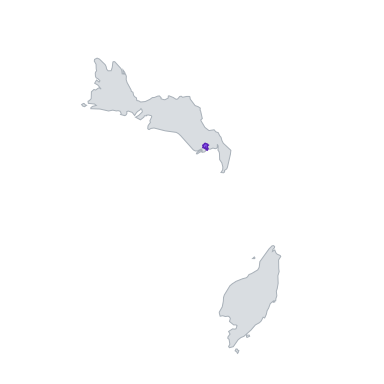 Sarikei, Sarawak, Malaysia shown in context, rotated 241°
{"feature_id": "92858781B34394756888936", "entity_name": "Sarikei", "entity_type": "district", "adm_level": 2, "iso_a3": "MYS", "parent_name": "Malaysia", "parent_adm1": "Sarawak", "projection": "mercator", "projection_center": [111.411, 2.079], "detail": "fine", "context": "in_parent", "style": "filled", "palette": "violet", "viewbox_px": 384, "rotation_deg": 241, "n_neighbors": 0, "source": "geoboundaries", "source_scale": "gbopen_adm2", "svg_char_len": 5024}
<svg xmlns="http://www.w3.org/2000/svg" viewBox="0 0 384 384"><g transform="rotate(241 192 192)"><path d="M327.2,191.0L325.1,190.7L322.2,188.9L319.3,188.3L310.8,188.2L309.5,187.7L307.9,188.7L304.9,187.8L303.2,188.0L301.3,189.0L298.7,188.1L297.4,189.7L295.6,190.7L293.8,194.9L293.4,200.0L293.8,203.1L292.9,204.9L292.5,208.4L291.9,210.0L289.5,210.7L288.5,210.1L286.3,212.3L285.8,213.2L285.7,216.7L287.4,217.8L287.3,218.5L283.8,221.4L280.8,223.0L280.3,224.5L281.5,227.6L281.0,229.0L279.4,229.7L278.2,233.6L276.8,236.1L276.2,236.3L274.1,235.5L266.1,236.6L263.7,238.7L261.4,239.9L259.6,238.7L258.7,238.8L251.2,236.6L250.9,234.8L250.1,234.4L242.3,234.6L237.5,236.6L235.7,241.5L233.1,242.0L231.2,243.7L227.9,243.5L225.8,243.9L222.5,243.1L219.5,243.0L209.6,246.2L206.4,243.9L196.7,235.2L195.4,233.6L195.1,230.9L194.0,230.4L193.6,229.7L193.5,228.9L195.0,226.8L196.5,229.6L198.9,231.1L203.0,232.2L206.9,231.9L212.4,234.7L214.2,235.2L216.0,235.0L219.4,237.2L221.5,237.3L218.7,235.8L218.3,234.6L218.6,233.3L220.3,231.6L220.6,228.8L222.0,226.2L222.2,224.9L221.3,223.9L221.0,222.3L221.8,220.0L223.6,221.2L225.2,220.9L225.2,216.7L226.3,214.8L228.1,213.6L246.7,209.4L249.7,208.4L251.8,207.1L258.5,198.2L266.4,189.8L267.5,186.9L267.4,184.8L267.9,184.3L268.8,184.0L270.5,185.1L271.4,185.9L273.1,189.5L274.6,189.6L277.2,193.1L277.8,193.5L278.6,193.3L280.6,191.1L281.2,189.4L280.7,189.2L281.7,187.3L280.8,186.2L280.1,181.9L284.8,178.9L284.8,182.4L286.1,187.4L288.4,188.1L289.7,187.8L289.0,186.3L288.8,183.3L288.1,181.4L286.7,178.9L290.6,178.3L293.6,175.6L294.0,174.0L292.1,173.0L291.4,171.7L291.3,170.3L294.4,167.1L294.7,168.0L296.7,168.3L297.6,168.2L298.9,166.9L299.6,165.1L302.0,162.4L303.3,158.3L309.2,151.7L313.9,143.9L314.8,144.5L315.1,146.6L314.1,150.3L316.2,149.4L319.8,144.3L321.8,145.1L321.7,146.5L322.5,149.1L328.4,152.6L329.2,155.9L327.9,157.2L328.3,160.5L327.9,161.5L326.0,162.4L331.2,161.5L334.3,159.6L336.2,162.8L333.2,164.0L333.8,165.4L336.7,164.6L338.4,163.5L340.1,163.7L342.8,165.0L343.6,165.8L344.2,167.3L346.1,167.9L350.2,170.0L353.9,170.0L355.2,171.1L355.1,173.9L353.1,175.5L345.4,177.8L343.4,177.7L340.6,176.9L338.6,177.4L337.3,180.1L339.7,182.7L343.6,185.5L344.2,186.2L343.4,187.6L334.4,189.7L332.5,189.5L329.2,188.2L327.2,191.0ZM36.7,153.1L37.7,149.2L39.1,149.1L40.5,151.3L45.2,153.0L46.6,152.4L47.3,152.8L47.9,153.3L49.3,156.4L52.3,156.4L52.6,161.2L51.2,163.1L51.1,164.3L53.3,166.6L54.5,166.0L55.6,164.0L60.6,162.0L62.7,164.2L64.5,164.2L65.9,163.4L66.9,160.8L68.9,158.9L69.7,156.4L72.6,157.1L73.7,157.6L76.9,162.8L81.2,166.4L84.4,168.4L86.3,170.4L91.6,179.7L92.2,182.7L92.5,187.3L91.6,194.3L90.7,197.7L90.9,199.4L92.2,201.9L91.8,204.3L92.0,211.7L93.6,214.3L98.2,217.6L104.9,231.8L106.1,235.9L105.5,237.4L104.2,237.8L103.2,237.0L102.6,235.0L101.0,233.5L101.2,236.3L98.2,235.9L96.2,236.4L93.8,238.3L92.6,238.4L90.6,234.8L82.9,230.7L80.1,229.6L77.1,226.5L70.4,223.1L66.2,219.7L64.4,217.7L60.0,215.8L58.1,213.7L56.3,212.5L57.3,210.4L56.4,206.3L53.3,202.7L51.8,200.2L48.9,197.6L46.6,194.5L48.0,193.5L45.7,190.1L45.0,187.7L45.0,183.0L42.6,176.5L40.6,167.4L41.0,164.2L40.4,160.7L36.7,153.1ZM320.0,140.9L319.0,141.8L318.7,139.4L320.1,138.1L322.0,137.8L322.1,140.0L321.6,140.6L320.0,140.9ZM32.2,152.7L33.4,154.5L32.5,155.5L31.8,155.2L30.5,156.1L29.0,154.3L28.8,153.5L30.6,153.6L32.2,152.7ZM224.3,220.3L223.7,220.5L223.0,219.9L222.8,214.9L223.3,214.4L224.1,215.4L224.3,220.3ZM40.4,170.3L39.1,172.7L37.9,172.5L38.1,169.7L38.8,169.4L40.4,170.3ZM332.3,190.8L330.0,191.1L328.4,191.1L328.6,189.7L329.4,189.5L332.3,190.8ZM105.0,215.0L103.7,215.1L103.4,214.4L104.4,212.7L105.0,215.0ZM56.7,210.8L55.8,211.1L55.9,210.0L56.5,209.4L56.7,210.8Z" fill="#d9dde1" stroke="#a8b0b8" stroke-width="1"/><path d="M226.0,228.8L226.4,228.6L226.5,228.5L226.7,228.4L226.8,228.3L227.0,228.1L227.2,227.9L227.3,227.8L227.8,227.4L228.0,227.3L228.1,227.2L228.2,226.8L228.2,226.6L228.0,226.4L227.9,226.3L227.9,226.1L227.9,225.7L227.8,225.4L227.7,225.3L227.6,225.2L227.6,224.9L227.6,224.6L227.5,224.4L227.4,224.3L227.4,224.2L227.5,224.1L227.4,224.0L227.2,224.0L226.9,224.1L226.7,224.0L226.4,223.9L226.3,223.7L226.1,223.6L225.9,223.4L225.8,223.2L225.7,223.1L225.6,223.3L225.4,223.4L225.3,223.5L225.2,223.6L224.9,223.7L224.8,223.8L224.7,224.0L224.5,224.3L224.3,224.3L224.2,224.2L224.0,224.3L224.0,224.5L224.2,224.8L224.0,224.7L223.9,224.6L223.7,224.6L223.6,224.8L223.6,225.0L223.5,225.3L223.4,225.3L223.1,225.4L222.9,225.3L222.8,225.2L222.6,225.1L222.4,225.0L222.2,224.9L222.0,225.0L221.9,225.0L221.7,225.2L221.7,225.3L221.6,225.5L221.6,225.8L221.8,225.9L221.8,226.0L221.7,226.0L221.6,225.9L221.4,225.8L221.4,225.7L221.2,225.7L221.2,225.8L222.1,226.8L222.2,226.5L222.2,226.4L222.3,226.3L222.5,226.3L222.6,226.7L222.6,226.8L222.7,227.0L222.8,227.0L223.1,227.0L223.4,227.0L223.5,227.0L223.8,227.1L224.2,227.3L224.4,227.4L224.5,227.5L224.8,227.5L225.0,227.8L224.9,227.9L224.9,228.1L225.0,228.2L224.9,228.5L225.0,228.8L225.1,228.7L225.3,228.5L225.5,228.6L225.5,228.8L225.8,228.7L225.9,228.8L226.0,228.8Z" fill="#8b5cf6" stroke="#5b21b6" stroke-width="1.5"/></g></svg>